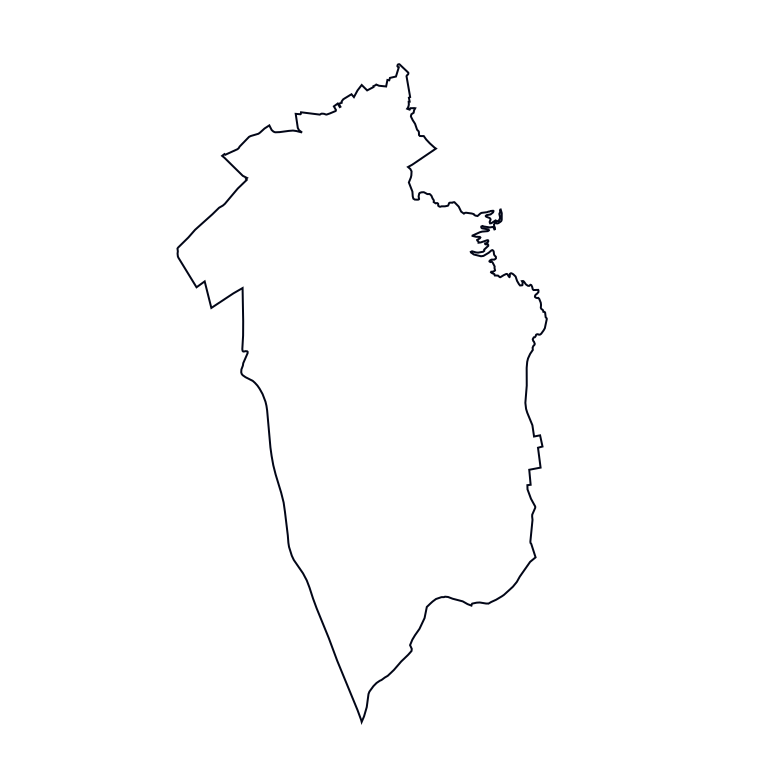 the district of Al Khalifa, Al Qahirah, Egypt, rotated 60°
{"feature_id": "37247803B15392203431980", "entity_name": "Al Khalifa", "entity_type": "district", "adm_level": 2, "iso_a3": "EGY", "parent_name": "Egypt", "parent_adm1": "Al Qahirah", "projection": "orthographic", "projection_center": [31.287, 30.01], "detail": "fine", "context": "isolated", "style": "outline", "palette": "ink", "viewbox_px": 768, "rotation_deg": 60, "n_neighbors": 0, "source": "geoboundaries", "source_scale": "gbopen_adm2", "svg_char_len": 6165}
<svg xmlns="http://www.w3.org/2000/svg" viewBox="0 0 768 768"><g transform="rotate(60 384 384)"><path d="M126.5,207.3L115.0,210.7L114.6,211.0L114.3,212.0L114.7,212.9L115.5,213.5L116.4,213.4L117.1,212.8L123.7,219.9L121.9,225.8L123.6,227.6L122.4,229.0L127.4,233.4L123.2,239.2L120.8,241.0L121.0,241.8L120.8,244.3L121.6,244.6L121.3,251.8L113.9,253.8L116.5,260.1L120.5,266.6L116.8,267.3L117.0,275.6L117.1,277.1L118.2,279.5L119.3,280.0L118.7,283.1L122.1,283.1L122.1,283.8L118.0,283.9L118.5,288.6L122.7,288.6L123.4,289.4L122.6,295.7L122.0,298.8L121.6,299.5L120.0,300.9L118.8,302.6L118.6,303.3L118.6,304.9L107.2,320.0L108.5,321.0L108.6,321.5L105.9,325.4L119.1,330.6L121.8,330.7L125.2,329.2L121.1,333.4L119.0,336.1L117.2,339.9L113.7,348.4L111.6,352.4L110.2,353.5L107.9,354.3L102.7,354.0L103.0,359.7L104.3,365.7L104.5,367.6L102.6,375.5L102.5,377.3L106.2,390.3L107.1,391.9L107.4,393.5L106.1,406.9L105.1,407.2L105.5,410.1L108.2,409.1L133.1,402.2L137.1,399.6L137.4,401.0L138.6,400.8L141.6,412.9L148.4,431.7L148.9,434.3L148.9,438.7L151.2,447.7L156.0,470.5L159.3,480.2L162.9,494.1L163.4,495.1L166.0,496.2L167.9,497.6L170.4,498.7L171.7,498.9L206.5,498.0L205.5,488.0L231.8,495.5L230.2,469.1L230.2,458.5L259.3,474.6L271.6,481.8L283.0,489.3L284.6,489.9L285.4,489.7L285.8,489.2L286.4,487.3L287.4,486.1L288.0,486.0L289.1,486.7L295.6,495.5L297.5,497.0L300.1,500.2L302.5,501.8L304.1,502.2L305.7,502.0L308.9,500.5L315.7,496.1L318.4,495.2L322.1,494.4L325.9,494.1L332.1,494.2L340.1,495.5L344.1,496.7L348.4,498.4L382.2,514.1L390.1,517.3L399.0,520.5L408.2,523.1L426.7,527.4L436.5,530.2L445.2,533.7L467.0,543.0L473.7,546.2L477.6,547.7L486.6,549.7L491.3,550.1L507.5,548.8L515.5,549.1L523.0,550.3L534.2,552.7L544.6,554.5L576.7,558.9L600.3,562.9L653.3,570.0L663.7,571.8L665.5,572.3L661.9,567.5L655.2,560.5L644.7,552.4L643.1,550.4L640.4,544.3L639.2,540.0L638.9,536.0L639.1,534.2L638.6,529.9L638.6,526.7L636.6,518.4L632.9,507.8L630.6,498.5L629.0,493.7L627.3,492.4L623.2,492.0L619.6,487.3L617.1,482.8L613.8,475.7L607.0,465.9L598.5,458.4L597.3,453.5L596.7,450.7L596.2,446.5L597.3,440.9L598.6,438.5L598.7,437.5L600.5,435.0L604.3,431.9L611.6,424.5L616.4,421.7L619.6,419.1L618.6,418.1L618.3,417.4L619.7,413.1L621.1,410.3L625.2,405.3L626.4,403.3L626.4,400.1L626.9,394.8L626.8,388.0L626.6,385.6L624.0,373.7L621.8,367.9L618.7,362.7L611.1,346.4L609.9,339.4L596.9,336.6L595.9,336.4L594.9,336.6L593.6,336.0L575.9,323.3L572.9,322.0L571.3,321.0L566.8,314.9L565.7,314.3L556.9,314.1L547.0,312.4L543.3,310.4L544.6,307.4L530.9,301.1L534.7,290.2L516.2,282.5L517.4,278.0L506.5,274.5L504.5,280.3L493.9,276.1L480.5,274.3L476.6,273.4L471.0,271.0L456.8,261.2L441.4,252.4L436.4,248.9L433.9,246.5L431.0,242.4L428.9,238.1L426.8,237.1L425.6,235.4L425.4,234.3L424.7,233.4L422.5,233.0L421.2,233.2L419.6,232.8L418.5,231.0L418.9,230.0L418.5,228.9L417.4,227.6L417.4,226.9L417.8,225.9L418.7,225.2L419.2,224.4L419.1,222.8L417.4,219.0L416.1,216.8L409.2,210.6L408.5,210.3L407.0,210.6L402.8,208.8L401.9,208.9L401.2,209.9L399.7,209.4L397.5,210.2L396.4,210.1L394.1,208.5L392.0,207.6L387.8,207.0L386.5,207.4L386.2,208.4L385.2,209.3L384.3,209.7L383.8,209.6L382.9,208.8L382.5,207.9L382.3,206.2L381.6,204.3L380.1,203.4L379.6,203.4L377.4,207.5L376.4,207.8L373.8,207.1L372.0,207.0L371.3,207.6L371.6,209.3L370.8,210.3L368.7,211.3L365.3,211.6L364.3,212.1L363.9,213.1L365.3,213.1L367.5,214.6L367.6,215.0L366.7,216.9L365.0,217.2L361.2,217.2L356.7,216.3L353.6,217.2L351.9,218.2L351.5,219.0L351.6,219.9L354.0,221.5L354.1,221.9L353.4,222.2L350.9,222.2L350.1,222.6L349.8,223.4L349.6,225.9L349.7,229.8L349.3,230.3L347.1,231.1L345.4,233.8L344.0,233.5L342.0,235.0L340.8,235.5L340.4,235.0L341.2,233.4L341.3,231.8L341.1,231.0L338.8,230.3L337.5,229.4L333.2,229.2L332.0,229.5L331.6,230.9L330.6,231.4L330.3,231.2L330.0,230.3L330.0,228.8L331.4,226.3L331.4,225.1L331.1,224.2L329.7,223.5L327.9,224.0L326.8,223.9L323.9,222.7L322.8,222.9L322.3,223.1L322.0,224.1L322.7,227.7L322.8,233.8L321.9,236.1L316.8,241.4L313.6,242.9L313.0,242.8L313.1,241.4L316.1,238.5L317.3,236.8L319.0,232.1L318.8,230.6L317.7,230.0L316.5,224.7L315.7,224.2L314.8,224.3L314.1,225.9L313.7,226.3L313.1,226.4L312.8,226.0L313.3,225.1L313.2,223.5L312.5,222.3L311.7,222.0L311.1,222.6L309.8,229.3L308.9,231.5L307.9,231.0L306.3,231.5L305.8,231.3L305.8,228.2L305.3,227.3L304.5,227.5L302.5,230.7L300.0,233.3L299.7,233.1L300.5,225.1L301.1,222.8L303.5,217.7L303.4,216.3L302.6,216.2L301.9,216.8L298.2,221.2L297.2,221.5L296.3,221.0L296.4,219.7L297.6,218.7L301.3,214.1L302.3,211.4L302.7,210.9L305.3,211.1L305.4,210.5L304.3,209.9L302.2,209.6L300.9,209.0L300.0,207.2L299.8,206.7L301.5,205.9L301.9,204.5L301.7,201.9L301.5,201.0L300.7,200.0L294.9,196.6L291.2,195.7L291.1,196.1L291.9,196.9L292.9,197.2L294.4,199.1L297.8,200.2L298.9,201.2L299.7,202.5L299.9,203.7L299.5,204.7L298.1,205.6L298.4,210.0L298.3,211.0L297.9,211.8L296.5,211.5L294.9,209.5L294.3,209.3L293.1,209.5L290.4,211.7L289.7,212.0L289.3,211.8L289.1,210.7L290.4,206.9L289.9,203.7L289.0,202.7L288.5,202.9L287.5,205.2L287.4,206.4L286.9,207.5L286.8,208.7L284.6,213.9L284.5,215.1L285.3,219.0L283.8,220.7L282.3,221.4L281.8,221.3L280.2,222.8L276.7,227.3L276.3,228.3L276.4,229.6L273.3,231.0L267.7,230.6L261.8,232.1L261.2,233.3L261.2,234.1L259.9,236.3L259.9,237.2L261.1,238.6L261.5,239.2L261.5,239.7L260.6,242.4L259.0,245.1L258.6,246.7L258.1,247.3L256.7,247.9L255.0,247.0L254.3,247.2L253.8,247.6L253.4,248.9L251.3,250.0L250.2,249.2L249.1,249.0L247.9,249.2L244.7,248.8L243.0,249.2L242.3,249.5L241.2,251.5L238.1,253.4L237.6,254.0L236.7,255.8L236.4,257.4L236.6,258.2L238.8,260.2L241.3,261.1L241.5,261.4L241.4,262.4L239.7,265.1L238.2,265.9L235.9,265.3L231.6,263.2L221.9,261.7L218.6,257.5L217.0,256.0L213.6,253.8L210.9,253.7L208.1,254.7L208.2,249.9L206.1,221.3L204.4,222.1L198.5,224.0L193.4,225.2L189.2,225.6L187.2,228.9L185.9,229.2L183.2,227.8L182.2,227.7L180.3,228.2L174.2,227.0L170.0,227.2L166.5,227.0L165.5,226.8L164.1,225.4L163.9,222.7L162.0,221.1L160.8,219.1L160.3,219.7L158.4,223.2L159.2,224.6L158.3,225.3L158.0,224.8L157.7,225.0L158.0,225.7L157.2,226.3L156.7,225.2L155.6,223.8L154.3,222.7L151.9,221.5L152.3,220.6L148.5,219.3L148.6,217.9L128.7,210.6L128.2,209.9L127.9,208.4L127.5,207.8L126.5,207.3Z" fill="none" stroke="#020617" stroke-width="2"/></g></svg>